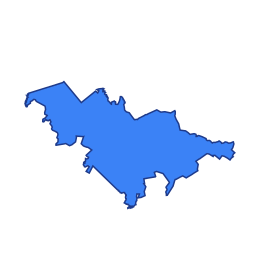 Grundzāles pag., Smiltenes, Latvia, rotated 133°
{"feature_id": "27541924B22887271928522", "entity_name": "Grundzāles pag.", "entity_type": "district", "adm_level": 2, "iso_a3": "LVA", "parent_name": "Latvia", "parent_adm1": "Smiltenes", "projection": "albers", "projection_center": [26.243, 57.466], "detail": "fine", "context": "isolated", "style": "filled", "palette": "blue", "viewbox_px": 256, "rotation_deg": 133, "n_neighbors": 0, "source": "geoboundaries", "source_scale": "gbopen_adm2", "svg_char_len": 5671}
<svg xmlns="http://www.w3.org/2000/svg" viewBox="0 0 256 256"><g transform="rotate(133 128 128)"><path d="M110.3,155.0L112.2,153.7L114.0,152.7L115.8,152.1L117.7,151.6L119.1,153.3L119.0,153.6L118.8,153.8L118.2,154.2L117.9,154.3L117.4,155.0L117.8,155.3L117.6,156.4L120.4,157.7L121.9,156.4L122.0,156.7L121.6,160.4L121.8,161.0L121.6,161.4L120.9,162.3L119.6,163.0L119.5,163.8L119.6,164.2L119.5,164.3L119.6,164.5L118.9,164.7L118.9,165.0L119.4,165.6L118.7,166.0L118.3,166.5L119.1,167.2L119.1,167.4L119.0,167.9L119.1,168.2L119.1,168.3L118.1,168.8L117.4,168.7L117.5,169.1L117.8,169.8L117.6,169.9L117.0,170.0L116.8,170.2L117.0,170.4L117.7,170.3L117.9,170.5L117.8,170.9L117.8,171.0L118.4,171.3L118.0,171.6L117.6,171.4L117.5,171.5L117.6,171.8L117.3,172.2L117.0,172.3L116.6,172.1L116.4,172.4L116.5,172.6L116.2,172.5L116.1,172.9L116.5,173.3L116.4,173.4L116.0,173.2L116.1,173.4L117.2,174.1L117.4,174.4L119.3,176.0L121.1,177.0L120.7,174.7L123.0,174.1L123.2,176.9L141.3,179.5L137.8,206.5L139.3,206.7L170.4,224.4L170.7,224.4L170.7,224.1L170.8,224.0L171.3,224.2L171.4,223.9L171.7,224.0L171.6,224.5L171.9,224.5L172.1,224.3L172.2,224.0L172.1,223.5L172.6,223.5L172.8,223.7L172.7,223.3L172.8,223.2L173.2,223.2L173.1,223.6L173.3,223.8L173.7,223.5L173.6,222.9L174.2,222.8L174.3,222.5L174.1,222.2L174.6,222.3L174.9,222.3L174.9,221.9L175.2,221.7L175.3,222.1L175.5,222.2L175.8,221.6L176.1,221.4L176.4,221.6L176.7,221.6L176.8,221.4L176.8,221.0L177.1,220.8L177.8,221.2L177.6,221.4L178.0,221.3L178.1,220.8L178.3,220.6L177.9,220.5L178.1,220.2L178.4,220.5L178.7,220.1L179.0,220.2L178.9,220.7L179.0,220.8L179.8,220.2L180.0,219.8L179.7,219.8L179.8,219.7L180.4,219.9L180.8,219.2L180.4,219.2L180.5,219.0L180.9,218.8L180.7,218.3L181.0,218.1L181.1,218.4L181.3,218.3L181.3,218.2L181.1,218.0L181.2,217.9L180.9,217.9L180.8,217.7L181.2,217.4L181.4,217.6L181.4,217.8L181.6,217.5L181.7,217.1L181.5,216.4L181.0,216.4L180.3,216.8L179.3,217.0L176.4,216.3L175.2,217.4L173.0,216.5L171.6,216.6L171.0,216.0L170.5,214.9L170.9,214.1L171.0,213.0L168.6,203.9L168.8,203.3L169.1,202.8L170.7,200.9L173.5,199.5L174.6,198.3L174.4,197.2L173.9,195.9L173.9,195.6L177.0,195.4L179.7,196.2L181.5,194.7L181.0,193.8L177.9,193.9L177.8,193.4L177.9,192.6L177.3,192.1L177.3,191.4L176.5,190.9L175.9,191.1L175.2,190.7L176.1,188.5L177.0,188.4L177.9,187.9L178.1,187.9L178.5,185.2L179.1,184.0L179.5,183.7L180.3,183.6L180.8,183.2L181.0,182.1L181.0,181.4L180.8,181.0L180.6,180.3L180.3,179.8L180.1,178.7L179.8,178.1L179.9,177.6L179.6,177.0L179.7,176.1L180.4,174.9L181.4,174.3L183.6,173.4L183.8,171.7L183.7,171.5L184.1,171.3L185.7,169.9L186.2,169.7L188.8,169.8L189.7,169.0L189.6,168.8L183.5,164.1L181.8,162.9L180.8,158.7L178.5,157.6L173.9,156.9L169.9,159.4L169.2,160.3L165.1,155.2L164.8,154.7L164.6,154.6L171.4,151.5L171.5,148.5L171.1,147.2L170.1,145.0L169.4,143.9L168.8,139.5L176.5,140.0L176.8,138.7L176.3,136.9L177.5,136.4L178.9,137.1L179.3,138.2L181.5,136.3L182.3,136.9L183.4,136.9L183.6,136.7L183.0,135.8L183.0,135.6L184.2,136.0L184.8,136.0L185.1,135.8L185.4,135.4L185.5,134.5L185.9,133.7L186.0,133.5L185.8,132.9L185.7,132.7L183.0,131.7L182.8,130.0L188.3,129.0L187.4,125.6L179.7,127.8L180.4,93.5L180.3,93.3L180.3,92.8L180.1,92.4L180.5,92.0L180.2,91.6L180.4,91.0L180.3,90.5L180.6,89.4L180.0,88.8L179.8,88.5L179.9,88.1L178.4,87.5L178.2,87.2L178.1,86.9L177.7,86.6L177.8,86.5L177.9,86.1L177.8,85.7L177.9,85.4L178.1,85.0L178.2,84.3L178.6,83.9L178.3,83.5L178.4,83.4L180.0,82.9L180.4,82.6L181.1,81.6L180.9,81.2L182.0,80.4L183.2,80.3L184.5,79.8L185.3,79.7L184.9,78.1L185.0,77.5L184.7,77.0L184.4,77.0L184.2,76.3L183.8,75.9L184.1,75.4L183.8,74.8L183.8,74.0L183.6,73.6L183.9,73.1L184.4,73.0L184.9,73.2L185.0,73.6L186.6,73.7L186.9,73.3L185.6,72.8L185.1,72.4L185.2,71.8L184.7,71.7L184.5,71.2L183.4,71.4L183.5,71.9L183.3,72.4L182.5,71.9L182.5,71.2L182.7,70.8L181.9,71.0L181.8,70.2L181.4,70.4L179.9,70.4L178.8,70.2L178.6,70.0L178.0,71.0L176.5,71.9L176.2,72.2L175.6,72.0L174.9,72.2L174.1,73.1L173.2,73.5L172.6,74.7L172.3,75.0L170.2,76.5L168.5,74.6L172.2,73.0L169.9,71.1L165.8,69.4L163.4,72.8L158.8,74.9L157.9,78.5L157.3,78.0L154.4,81.7L153.0,80.7L153.0,80.8L145.1,74.7L144.6,74.7L142.5,78.5L142.4,78.5L140.3,77.5L137.4,71.3L138.2,67.2L139.5,60.7L139.8,60.5L145.2,59.9L145.6,59.6L146.1,57.9L146.4,57.5L146.9,57.2L148.1,57.0L149.0,56.7L149.4,56.1L149.9,55.2L151.1,54.0L150.4,53.4L139.8,55.4L135.4,57.6L134.6,58.0L133.5,58.4L132.7,57.8L128.4,56.4L125.7,55.3L124.8,51.4L122.6,50.8L118.6,49.6L116.3,49.1L111.6,47.8L110.8,49.2L106.7,51.9L106.0,55.7L102.1,54.8L101.6,54.5L101.2,54.5L93.0,52.8L92.1,51.6L91.6,50.5L90.8,46.3L89.8,46.5L89.8,46.8L88.7,45.8L88.3,39.8L84.2,40.3L83.1,38.4L82.2,34.8L81.8,31.6L79.6,31.9L77.3,31.5L77.4,32.4L75.1,33.2L73.3,33.0L73.3,37.5L71.0,37.9L67.6,39.6L67.2,40.0L66.7,41.0L66.3,41.4L66.3,41.6L69.0,42.8L70.5,44.1L70.9,45.8L71.8,47.3L72.0,47.5L73.3,47.7L73.8,47.9L75.3,49.0L75.0,50.0L75.2,52.2L75.3,52.5L75.7,52.7L76.6,52.8L78.2,53.9L79.0,54.2L79.9,55.4L81.2,56.2L81.5,56.2L81.5,57.6L81.3,58.7L81.6,60.0L83.1,61.4L83.2,62.8L82.5,63.7L83.8,67.8L85.0,70.6L85.7,71.6L87.0,71.7L87.7,72.4L86.8,73.0L86.3,74.2L87.1,75.8L90.4,78.3L90.4,80.9L90.8,83.9L94.0,88.4L93.0,90.0L90.4,93.8L88.8,98.8L87.2,102.1L85.7,102.9L84.1,104.3L83.7,104.7L83.4,105.6L87.9,107.1L91.0,112.2L94.0,114.8L95.1,119.3L104.2,123.1L105.1,123.2L106.2,124.2L107.0,124.5L107.5,124.5L114.0,126.9L115.3,126.8L116.1,127.9L117.3,128.6L117.5,129.1L117.6,129.6L117.3,130.0L117.2,131.4L116.0,137.5L117.3,140.2L117.2,142.6L116.9,143.0L115.2,145.0L113.7,147.2L111.8,147.3L111.8,147.9L111.1,147.9L111.2,148.5L111.0,149.0L110.6,149.3L110.2,150.6L110.5,150.9L110.2,151.4L109.8,151.7L109.8,152.4L109.4,152.9L109.7,154.5L110.3,155.0Z" fill="#3b82f6" stroke="#1e3a8a" stroke-width="1.5"/></g></svg>